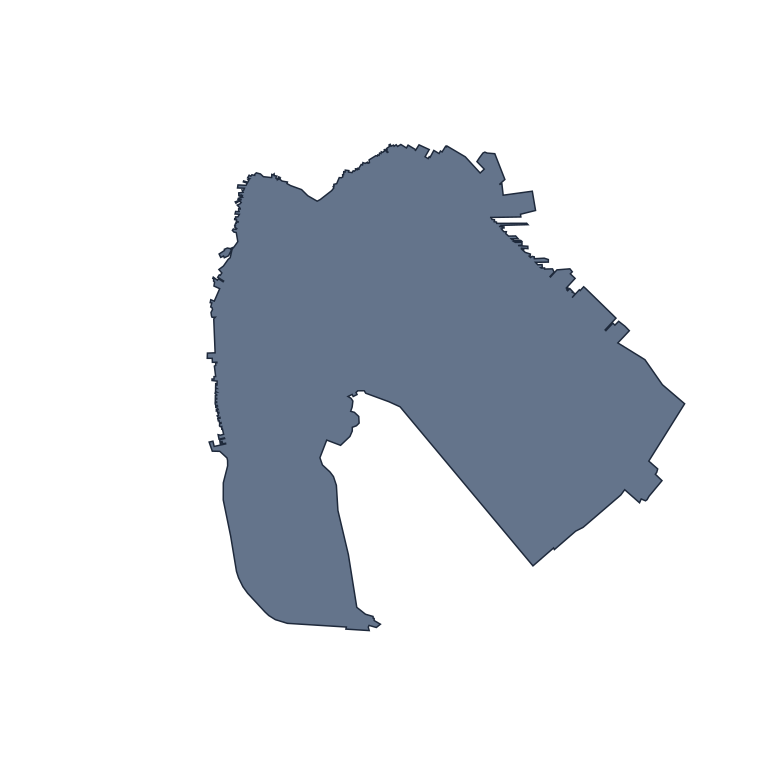 Sector 6, Bucharest, Romania (orthographic projection), rotated 234°
{"feature_id": "2599482B66456356420035", "entity_name": "Sector 6", "entity_type": "district", "adm_level": 2, "iso_a3": "ROU", "parent_name": "Romania", "parent_adm1": "Bucharest", "projection": "orthographic", "projection_center": [26.035, 44.443], "detail": "fine", "context": "isolated", "style": "filled", "palette": "slate", "viewbox_px": 768, "rotation_deg": 234, "n_neighbors": 0, "source": "geoboundaries", "source_scale": "gbopen_adm2", "svg_char_len": 6171}
<svg xmlns="http://www.w3.org/2000/svg" viewBox="0 0 768 768"><g transform="rotate(234 384 384)"><path d="M191.3,615.6L219.8,608.8L250.3,609.4L279.8,597.3L282.9,613.8L289.1,612.9L296.8,610.7L295.9,605.4L298.7,604.9L296.7,594.9L297.8,594.7L300.9,610.4L342.5,603.3L345.3,602.7L344.3,597.6L345.4,597.4L343.3,586.9L344.6,591.8L347.5,590.3L347.6,591.0L352.0,590.4L351.5,587.4L352.7,587.2L353.6,590.0L353.2,588.1L354.5,587.9L357.1,600.7L363.6,599.5L364.1,602.3L367.9,602.1L374.7,591.0L372.7,581.6L373.4,581.5L374.5,587.4L378.1,588.0L382.6,581.5L383.5,582.1L385.3,579.4L385.9,579.2L385.2,580.5L387.7,582.1L390.0,578.5L393.4,578.1L386.0,588.6L388.1,590.1L391.6,587.6L397.0,579.3L398.6,580.3L400.2,578.8L400.2,576.9L402.1,576.6L401.8,577.6L403.1,578.8L407.5,575.6L411.4,574.8L410.6,576.0L411.0,576.3L413.5,574.5L408.9,580.0L410.9,581.3L417.2,573.8L415.3,577.3L417.5,578.9L421.4,573.5L422.7,572.9L419.0,579.2L419.8,579.0L423.9,573.0L424.6,573.6L425.4,572.5L426.7,572.3L422.7,577.9L426.4,577.5L430.4,571.7L434.0,570.9L435.3,572.5L436.8,570.5L440.3,570.1L440.0,570.7L440.8,571.3L439.7,572.8L440.5,573.4L443.9,569.6L442.7,571.2L443.6,571.8L428.3,594.1L430.2,593.9L447.7,569.6L448.9,570.2L451.0,568.0L450.4,568.9L452.0,569.9L454.1,567.6L453.7,568.1L455.3,568.6L456.4,567.7L438.7,592.9L441.1,594.2L435.3,608.6L452.8,617.3L466.7,591.4L476.6,597.0L477.6,594.6L478.4,602.0L505.2,609.0L510.2,603.2L512.3,601.9L512.7,599.9L510.9,594.1L509.3,589.9L498.9,591.4L498.2,585.8L520.0,583.3L539.6,574.8L539.1,574.0L540.1,573.6L537.6,567.4L539.3,566.6L538.1,564.0L543.7,561.6L540.3,554.5L541.3,554.2L540.4,552.2L543.7,550.8L547.1,558.4L556.9,552.9L554.2,546.2L555.1,547.3L563.1,543.9L561.8,540.9L567.9,538.4L568.2,534.6L570.4,534.5L570.4,531.9L571.7,532.1L572.2,529.6L574.3,529.9L574.4,528.5L573.0,528.3L573.0,524.6L572.1,524.5L572.2,523.5L569.3,523.5L569.4,522.7L573.2,522.6L573.3,521.8L572.2,521.7L572.2,519.1L573.5,518.3L572.2,517.0L573.4,516.1L571.9,514.4L573.0,513.6L572.3,512.7L573.5,511.7L574.1,503.7L571.6,502.3L571.8,501.2L573.1,500.9L572.7,500.3L573.4,499.9L573.5,498.5L575.5,497.1L573.9,495.4L575.0,494.6L573.3,490.5L573.7,489.9L572.9,489.9L574.1,488.4L573.0,488.8L573.1,488.1L574.5,487.4L573.7,486.3L573.6,485.0L574.6,484.4L573.8,482.4L576.3,479.9L577.3,481.0L579.8,478.4L578.4,477.1L579.4,476.2L577.1,474.3L577.6,473.5L575.8,472.4L575.9,470.8L577.3,469.1L573.9,463.5L575.0,460.8L573.8,459.9L573.5,460.7L573.6,458.9L572.1,458.6L571.2,455.3L570.7,440.8L571.2,437.4L581.1,433.0L589.7,431.6L599.5,425.0L603.2,423.3L604.2,424.6L608.0,420.9L610.7,420.1L611.4,420.9L611.7,418.7L612.7,421.0L613.5,420.5L612.3,418.0L613.0,417.7L614.2,417.5L615.2,419.5L617.1,417.7L618.6,418.6L618.5,417.1L619.5,416.4L617.1,414.5L617.6,413.8L622.6,408.3L626.6,407.5L629.9,404.8L629.6,402.7L628.8,402.0L630.9,400.1L630.4,398.4L632.2,397.6L630.9,394.8L629.0,396.0L629.3,394.1L628.3,394.4L627.3,392.4L630.8,389.8L630.2,389.0L626.9,391.4L625.8,389.2L630.9,382.9L628.7,380.7L624.4,386.2L623.3,384.4L624.4,383.2L621.9,382.7L624.0,378.8L621.9,377.4L620.7,379.7L620.0,379.0L619.5,380.1L619.0,379.6L619.7,378.2L618.5,378.9L619.9,375.3L619.2,374.4L616.9,377.3L618.8,370.7L617.3,370.5L617.1,373.7L616.3,374.9L614.8,375.2L614.4,373.3L615.0,370.4L610.6,370.9L610.1,370.6L611.2,369.4L609.3,368.0L608.2,368.5L610.8,365.4L609.1,363.4L606.3,366.7L605.1,364.1L606.4,362.2L604.9,361.3L605.6,360.5L604.8,359.8L603.5,361.2L602.5,360.2L601.1,361.4L600.7,361.0L601.7,360.1L600.9,359.0L601.4,358.7L599.9,356.3L599.3,356.7L598.7,355.5L596.2,356.2L596.1,355.2L598.0,353.2L597.4,351.6L595.1,351.9L593.4,353.5L585.1,349.4L583.0,343.2L583.9,339.2L586.1,337.2L586.8,334.0L585.8,333.4L586.1,327.0L582.4,326.3L581.8,329.4L580.0,329.0L579.1,333.6L582.0,339.1L583.3,339.2L582.8,341.9L582.2,340.2L576.6,333.8L576.4,331.1L573.8,323.4L573.7,317.7L569.2,318.1L568.2,315.5L569.1,314.9L568.1,312.2L561.6,314.8L561.3,313.9L566.5,312.0L565.9,310.2L570.8,308.7L570.0,307.5L568.9,308.1L567.5,306.6L566.0,306.8L563.2,304.0L557.7,307.1L550.8,295.4L554.0,293.4L552.0,291.2L550.8,292.3L548.2,289.1L546.7,289.7L545.0,289.0L543.6,286.1L540.4,284.4L539.0,284.1L537.2,286.8L536.7,284.5L508.5,265.7L512.8,259.3L508.7,256.1L505.7,260.1L502.4,257.9L499.9,261.6L499.4,261.3L500.1,260.2L498.0,258.8L498.2,257.3L489.0,252.2L489.9,250.8L487.9,249.4L489.1,247.8L487.9,246.9L484.4,250.7L482.5,249.2L483.3,248.1L482.5,247.6L481.8,248.6L481.3,248.2L482.1,247.2L479.9,245.5L478.7,246.0L479.3,245.1L477.1,243.4L475.8,243.9L476.6,242.9L475.7,241.8L473.5,242.3L473.0,241.9L473.8,240.8L471.5,239.1L470.7,240.2L470.2,239.8L471.0,238.7L468.7,237.0L467.9,238.1L467.3,237.7L468.2,236.5L467.1,235.7L465.6,235.3L464.6,236.6L464.0,236.3L465.0,234.9L463.9,234.1L462.2,235.1L460.7,234.8L461.8,233.3L460.7,232.5L460.4,233.3L458.7,232.6L458.2,233.7L457.6,233.4L458.0,232.5L455.9,231.6L456.4,230.4L455.8,230.2L454.0,230.2L453.4,231.7L452.7,231.3L453.7,229.2L451.6,228.3L451.3,229.0L449.2,228.1L448.6,229.5L448.0,229.2L448.6,227.8L446.8,226.3L445.6,226.5L445.0,227.8L442.8,226.2L442.5,226.8L437.6,224.7L438.7,221.6L440.5,220.0L436.3,218.1L434.2,223.2L433.5,223.0L435.5,218.3L431.4,216.2L431.1,217.0L433.2,217.9L432.7,219.2L430.4,218.4L429.2,221.0L428.6,220.7L433.3,209.9L438.3,212.0L439.8,208.4L430.6,205.6L426.0,211.6L416.4,213.5L414.1,212.5L409.7,209.4L398.5,195.9L384.7,185.8L351.0,170.5L319.1,154.5L312.7,152.4L302.9,150.7L294.7,150.7L269.6,153.7L264.4,154.7L257.2,157.6L247.2,165.1L209.5,210.7L208.1,209.1L193.7,226.5L193.2,227.1L196.6,228.4L197.5,230.0L191.5,234.7L191.8,239.9L198.4,237.0L200.1,238.2L200.9,237.6L202.4,238.5L208.6,233.7L219.3,230.7L266.9,254.9L308.8,272.4L330.0,285.9L338.8,288.7L344.5,288.6L354.7,286.6L362.0,288.8L372.3,304.7L359.9,312.8L361.6,325.6L364.6,330.7L367.6,332.9L366.4,337.2L367.0,340.9L372.6,344.5L378.5,343.4L381.5,341.0L384.1,344.7L388.5,348.8L391.8,348.9L395.1,347.5L394.3,352.1L392.0,351.7L391.3,356.0L393.6,356.4L393.9,358.8L390.2,364.0L387.3,363.8L366.7,377.6L356.1,383.6L149.3,397.6L151.7,424.8L149.9,424.5L152.3,452.5L151.0,460.9L155.0,510.3L157.0,516.6L137.7,520.9L139.8,524.5L135.8,526.9L135.8,528.9L137.4,532.4L142.4,552.1L151.5,550.5L152.2,552.7L154.4,555.5L166.0,552.9L191.3,615.6Z" fill="#64748b" stroke="#1e293b" stroke-width="1.5"/></g></svg>